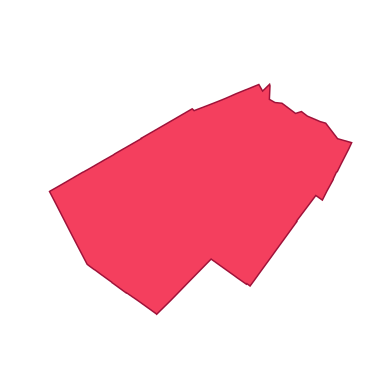 outline of Unirea, Braila, Romania, rotated 109°
{"feature_id": "2599482B9026576063852", "entity_name": "Unirea", "entity_type": "district", "adm_level": 2, "iso_a3": "ROU", "parent_name": "Romania", "parent_adm1": "Braila", "projection": "albers", "projection_center": [27.767, 45.095], "detail": "fine", "context": "isolated", "style": "filled", "palette": "rose", "viewbox_px": 384, "rotation_deg": 109, "n_neighbors": 0, "source": "geoboundaries", "source_scale": "gbopen_adm2", "svg_char_len": 1329}
<svg xmlns="http://www.w3.org/2000/svg" viewBox="0 0 384 384"><g transform="rotate(109 192 192)"><path d="M294.5,267.6L294.6,267.3L295.6,264.3L297.2,259.1L297.2,258.7L299.9,250.1L303.4,238.5L303.8,238.1L303.9,237.5L306.4,229.4L308.9,221.3L308.6,221.2L312.3,207.8L318.9,185.9L319.1,185.6L301.4,176.8L288.7,170.8L279.7,166.6L273.4,163.6L249.2,152.1L256.1,128.9L257.0,125.8L258.5,121.0L261.5,110.5L260.8,110.3L261.5,107.9L262.0,106.5L255.0,104.3L247.3,102.0L238.8,99.4L225.8,95.4L219.1,93.4L202.4,88.3L197.8,86.9L188.6,84.1L186.1,83.3L185.7,83.2L185.5,83.7L155.0,73.8L157.2,66.1L146.9,64.7L134.2,62.5L133.6,62.7L126.2,61.9L125.6,61.3L117.1,60.2L100.2,57.8L93.4,57.1L94.2,71.7L83.4,88.0L83.7,93.7L82.7,107.6L80.3,114.7L84.0,119.7L78.8,135.8L80.4,142.7L79.2,149.0L66.7,152.7L66.6,152.9L66.4,153.0L66.1,152.9L64.9,153.7L73.6,158.1L68.6,163.8L84.7,182.3L92.4,190.6L95.4,194.0L100.8,200.3L114.4,216.5L113.8,217.8L113.3,218.9L118.9,223.8L119.9,224.6L121.0,225.6L139.8,241.9L157.7,257.5L157.9,257.2L175.3,272.4L178.5,275.2L181.4,277.7L181.7,277.8L182.3,278.3L182.6,278.5L189.8,284.9L203.5,296.8L204.8,297.9L206.2,299.2L207.3,300.2L208.5,301.2L208.7,301.6L214.5,306.6L220.3,311.6L228.5,318.7L237.0,326.2L237.9,326.9L250.4,313.8L270.2,293.2L278.2,284.8L294.2,267.9L294.5,267.6Z" fill="#f43f5e" stroke="#9f1239" stroke-width="1.5"/></g></svg>